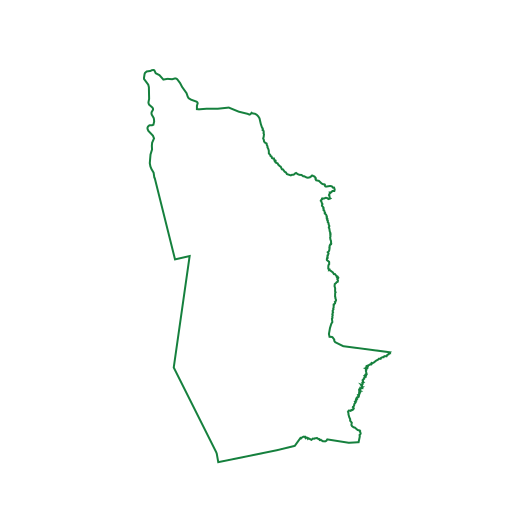 Mecanhelas, Niassa, Mozambique, rotated 346°
{"feature_id": "85939544B26392807278532", "entity_name": "Mecanhelas", "entity_type": "district", "adm_level": 2, "iso_a3": "MOZ", "parent_name": "Mozambique", "parent_adm1": "Niassa", "projection": "robinson", "projection_center": [36.247, -14.939], "detail": "fine", "context": "isolated", "style": "outline", "palette": "green", "viewbox_px": 512, "rotation_deg": 346, "n_neighbors": 0, "source": "geoboundaries", "source_scale": "gbopen_adm2", "svg_char_len": 6111}
<svg xmlns="http://www.w3.org/2000/svg" viewBox="0 0 512 512"><g transform="rotate(346 256 256)"><path d="M265.5,105.4L254.8,103.9L243.4,101.1L236.2,99.9L234.2,99.2L235.0,96.0L236.4,93.6L236.2,92.6L235.7,91.9L230.8,88.6L228.8,86.6L228.3,84.9L228.0,81.2L225.2,74.1L224.2,69.9L222.3,65.4L221.4,64.5L220.5,64.1L217.4,64.2L213.0,62.7L208.8,62.4L206.1,57.2L202.9,54.4L202.3,51.4L201.8,50.8L200.1,50.5L198.3,50.9L194.6,50.5L192.6,51.5L191.9,52.5L190.4,56.1L190.2,57.2L192.9,63.7L192.9,66.3L190.3,77.7L188.8,80.9L188.7,82.1L188.9,83.3L191.4,86.9L191.7,88.0L191.5,89.1L189.5,91.2L189.1,92.2L189.0,93.5L190.1,97.2L190.1,98.5L189.7,100.9L188.2,103.8L186.8,104.0L184.2,103.4L182.5,104.3L181.8,105.2L181.5,106.3L181.8,108.5L185.1,114.3L185.5,117.2L182.6,121.0L181.6,123.9L180.9,127.5L178.2,132.0L175.4,140.2L175.2,143.5L175.6,146.3L176.8,150.4L176.3,155.4L176.6,155.9L176.6,239.7L191.6,240.0L149.2,344.3L169.9,436.6L170.1,438.2L169.5,446.9L229.2,449.5L247.7,449.6L254.9,443.5L255.1,444.0L255.4,444.0L255.9,443.5L258.3,442.8L260.1,443.3L260.2,443.7L259.9,444.2L260.2,444.8L260.9,444.3L261.8,444.7L262.1,445.0L262.2,446.0L263.0,445.7L265.3,447.8L267.0,446.9L268.2,447.4L269.2,447.1L270.1,447.4L271.1,447.3L272.2,448.6L273.2,449.0L273.3,450.0L274.5,450.1L274.8,450.8L275.4,451.1L276.0,451.9L278.3,452.6L279.6,452.3L280.8,451.2L300.9,459.7L310.5,461.5L313.0,456.3L313.2,454.7L314.0,454.3L314.6,453.5L314.6,452.2L314.3,451.6L314.7,450.9L314.5,450.4L312.6,449.5L310.3,446.3L309.3,445.9L308.0,444.3L307.7,443.0L308.6,440.9L307.5,438.6L307.9,437.1L307.5,435.1L307.4,432.0L307.7,430.8L307.5,428.7L307.7,429.1L308.8,428.4L310.4,429.2L311.3,428.4L312.1,428.8L313.2,428.4L313.9,427.7L313.5,426.9L313.9,426.8L313.8,425.9L314.0,425.9L315.1,424.7L315.5,423.5L317.1,422.3L316.9,422.0L317.2,421.6L317.0,421.3L317.7,421.1L317.8,420.5L318.3,420.5L318.3,419.6L318.8,419.5L318.3,418.9L318.6,419.1L318.8,418.5L319.8,417.6L320.0,417.6L320.0,418.2L321.6,417.4L321.4,416.6L322.0,416.5L322.4,415.8L322.0,415.4L322.5,415.3L322.9,413.9L323.4,414.1L323.5,413.4L324.0,413.3L323.9,412.9L324.2,412.7L323.6,412.8L323.5,412.3L324.7,412.3L323.8,411.5L323.8,410.8L324.2,410.8L324.3,410.3L324.7,410.4L325.1,409.5L325.6,410.1L326.2,409.7L327.0,409.9L326.9,409.4L327.5,409.1L326.8,408.9L327.3,408.0L326.9,407.4L327.3,407.1L327.0,406.5L327.6,406.9L328.4,406.2L328.7,404.9L329.1,404.8L328.8,404.6L329.3,404.3L329.3,403.6L329.6,403.7L329.5,402.2L331.2,401.3L331.1,400.7L332.4,400.0L332.5,399.0L332.3,398.6L332.9,398.5L332.7,398.8L333.3,399.2L333.4,397.9L333.8,398.0L333.6,398.6L334.0,398.4L334.1,397.3L334.8,397.3L334.8,394.0L335.3,393.6L335.2,392.7L336.0,392.3L335.2,391.6L335.5,391.6L335.5,391.0L335.8,391.9L336.3,391.8L336.3,390.8L337.1,391.0L337.1,390.8L336.7,390.5L337.5,390.3L337.4,390.1L336.8,389.9L336.8,389.5L339.2,389.2L340.1,388.8L340.7,389.0L341.5,388.7L341.8,389.0L342.1,388.7L341.8,388.2L342.2,387.8L342.6,388.3L344.7,387.8L347.2,386.6L349.6,386.0L350.4,385.4L352.1,385.9L352.7,385.1L354.4,384.8L355.3,385.1L355.8,384.5L356.7,384.3L358.4,384.9L359.4,383.8L360.9,383.5L361.2,382.7L362.3,382.8L362.2,382.4L362.8,381.9L318.8,364.6L312.0,358.8L311.4,357.2L311.7,356.0L310.6,353.4L310.1,352.9L307.8,352.2L307.9,349.3L310.4,343.7L312.8,339.8L314.1,338.6L314.5,335.2L315.3,334.5L315.3,333.3L316.1,332.1L315.9,331.3L316.4,330.8L316.4,330.0L317.2,329.2L317.0,328.3L317.1,327.7L318.3,326.4L318.2,325.6L318.9,324.7L319.5,322.2L319.8,322.3L320.3,321.4L321.2,321.1L321.7,320.1L321.5,319.6L322.7,318.8L323.0,318.1L322.8,315.9L323.1,315.2L322.9,314.5L323.9,310.9L324.5,310.4L324.2,309.4L325.0,306.4L324.9,304.2L325.7,302.2L327.1,301.6L327.9,300.9L329.0,300.8L329.6,299.7L329.3,298.2L330.1,297.7L330.6,297.1L330.4,296.8L329.5,296.6L329.3,296.0L330.0,295.5L329.1,294.6L328.2,292.6L327.2,292.4L326.6,290.5L324.2,287.6L323.5,287.5L324.0,286.7L323.2,286.1L323.1,285.6L323.8,283.1L324.2,282.3L325.0,281.7L325.5,279.7L325.5,279.3L323.8,277.1L323.8,276.8L324.2,275.7L325.1,275.2L324.8,274.4L325.3,273.8L325.5,272.8L325.9,272.8L327.0,271.1L326.5,269.7L327.5,269.3L328.3,268.5L329.2,266.5L329.1,265.8L329.6,265.3L329.7,264.2L330.1,263.9L330.4,263.2L331.3,262.9L331.4,262.5L331.8,262.6L332.0,262.3L331.8,261.6L332.2,260.9L332.4,259.4L332.2,258.2L332.4,256.0L333.0,255.0L333.1,253.6L333.5,253.4L333.4,252.2L333.8,251.9L333.5,250.1L333.8,246.9L333.5,246.2L333.6,245.7L334.4,244.8L334.4,244.2L334.1,243.0L334.4,241.6L333.8,240.6L334.1,239.8L333.8,238.5L334.1,238.5L333.9,237.8L334.3,237.3L333.7,236.2L334.2,235.5L334.0,234.9L334.3,234.6L334.0,232.8L333.0,231.4L333.5,230.6L333.2,230.1L333.2,228.4L332.7,227.8L332.9,227.6L332.8,226.2L333.2,225.9L333.2,225.3L332.2,223.3L332.3,222.6L333.0,221.8L333.0,221.2L332.7,220.6L332.6,218.8L332.2,218.1L333.1,217.2L333.8,217.0L334.0,216.2L334.5,216.2L335.7,216.7L337.9,216.4L338.9,216.9L340.1,218.3L341.7,218.2L342.0,218.1L341.5,217.6L341.8,215.3L341.5,214.6L342.1,213.7L343.1,213.0L343.0,212.2L344.4,212.4L345.9,211.4L347.7,211.9L348.4,210.7L348.4,209.8L348.3,208.5L347.1,208.2L346.7,207.1L346.3,206.7L344.9,206.0L340.7,205.6L340.1,205.2L339.8,204.3L340.1,203.4L339.9,203.1L338.3,202.5L337.2,201.5L335.2,198.3L332.7,197.1L332.3,195.6L332.8,195.2L332.8,194.7L331.9,192.9L331.2,192.6L330.3,191.6L329.5,191.5L328.8,192.2L327.9,192.3L327.4,192.7L325.2,192.6L324.0,192.0L322.1,190.3L321.1,190.1L319.8,188.4L317.7,187.7L316.2,186.6L315.0,185.1L314.0,185.3L312.9,186.0L311.9,186.2L310.5,185.9L309.3,186.2L305.8,184.0L305.3,182.2L304.2,181.2L303.1,178.5L302.1,178.1L301.6,175.3L300.6,174.4L300.4,173.7L299.7,172.9L299.4,171.4L297.7,170.1L297.3,169.0L298.0,168.7L298.1,168.3L298.0,168.0L297.0,167.7L297.0,165.7L295.9,165.4L295.2,164.8L295.2,163.3L294.3,162.6L294.3,161.5L293.3,159.6L293.9,156.9L293.8,154.7L293.4,153.5L293.7,152.3L293.3,150.7L293.5,149.8L293.5,149.4L291.9,147.9L291.5,146.5L291.7,145.3L291.4,143.6L292.2,142.4L293.2,139.8L293.0,138.5L293.4,138.0L293.6,136.8L293.5,136.1L293.0,135.6L293.3,135.3L293.1,134.5L293.4,133.8L292.9,132.9L292.6,129.1L292.7,123.3L292.0,121.1L290.9,119.2L289.5,117.8L286.8,116.6L286.4,116.0L284.8,117.1L283.8,117.2L282.2,116.0L274.2,111.8L265.5,105.4Z" fill="none" stroke="#15803d" stroke-width="2"/></g></svg>